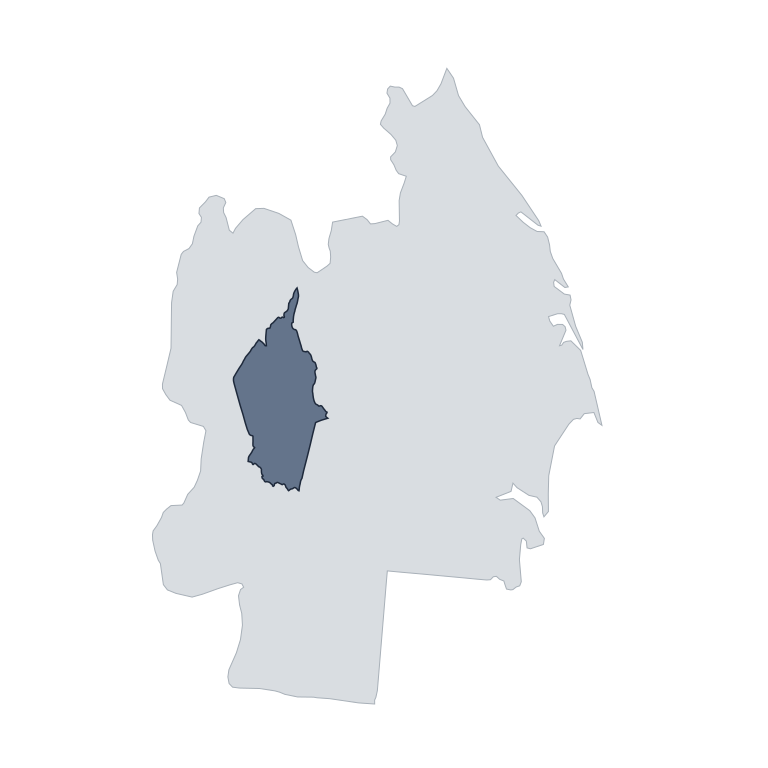 Mouloundou, Ogooué-Lolo, Gabon (highlighted), rotated 185°
{"feature_id": "22940354B50404497002370", "entity_name": "Mouloundou", "entity_type": "district", "adm_level": 2, "iso_a3": "GAB", "parent_name": "Gabon", "parent_adm1": "Ogooué-Lolo", "projection": "equal_earth", "projection_center": [12.887, -0.678], "detail": "fine", "context": "in_parent", "style": "filled", "palette": "slate", "viewbox_px": 768, "rotation_deg": 185, "n_neighbors": 0, "source": "geoboundaries", "source_scale": "gbopen_adm2", "svg_char_len": 7354}
<svg xmlns="http://www.w3.org/2000/svg" viewBox="0 0 768 768"><g transform="rotate(185 384 384)"><path d="M514.0,78.6L513.6,85.8L507.6,103.4L504.7,116.9L504.0,131.4L505.7,143.0L508.6,151.3L510.5,160.4L509.0,166.7L506.1,169.3L508.1,172.5L512.5,173.3L520.0,170.5L531.5,165.7L546.7,158.7L556.6,155.0L573.0,157.3L581.8,160.0L586.3,164.9L591.1,185.6L593.5,188.8L597.5,197.6L600.8,208.2L601.5,213.6L601.2,217.5L597.8,223.2L594.0,231.7L592.7,236.8L589.6,240.5L585.6,244.3L574.6,245.8L573.0,248.0L569.9,257.0L564.1,264.6L561.5,271.8L559.1,281.4L559.6,293.3L558.5,310.4L557.3,321.9L560.2,326.0L573.3,328.8L575.8,331.1L579.3,338.3L583.8,345.0L595.8,349.2L600.4,354.4L604.2,360.0L604.7,364.6L601.9,383.2L599.3,401.0L600.3,414.6L601.3,427.6L602.7,446.4L602.1,458.0L598.7,465.0L598.7,470.5L600.3,477.1L597.3,495.5L595.3,498.6L590.0,502.0L587.1,507.0L586.2,514.7L583.3,525.3L580.4,529.2L580.4,534.1L583.2,537.7L583.2,543.3L577.8,549.8L574.6,554.9L567.5,557.3L559.3,554.7L557.4,551.0L559.4,545.4L558.7,540.8L555.8,536.0L551.5,523.7L547.6,521.1L545.5,526.1L538.8,535.5L527.1,547.5L518.9,548.5L503.7,544.8L491.0,539.1L485.0,525.0L481.2,513.3L475.8,499.8L469.7,493.4L463.2,489.3L460.3,489.0L451.0,496.5L448.2,499.5L448.2,505.8L449.1,511.7L450.5,514.6L451.7,518.3L451.5,524.2L449.9,532.1L449.3,540.8L420.1,549.3L415.1,546.2L411.4,542.3L407.0,543.0L394.3,547.4L389.7,544.3L385.1,542.1L383.0,544.0L382.8,547.7L384.9,568.1L384.3,575.8L381.4,586.0L379.9,592.9L387.7,594.8L390.5,598.0L393.2,603.2L396.9,608.0L397.2,610.8L392.9,616.2L391.5,622.7L393.5,627.9L398.8,633.2L406.5,638.8L410.2,642.4L409.8,645.8L406.3,652.9L404.9,658.9L402.5,664.3L403.0,669.3L406.4,674.0L406.1,678.2L403.7,681.3L398.9,680.7L394.9,681.1L391.3,679.8L379.9,663.7L377.4,663.2L360.9,675.6L356.8,680.7L353.4,688.0L348.9,703.9L341.4,694.7L334.9,677.8L327.4,667.4L311.5,650.6L307.3,638.3L289.1,611.0L263.0,583.8L244.1,560.2L241.3,554.9L244.4,555.6L262.6,567.4L265.1,566.0L267.2,563.4L259.4,557.2L251.9,552.4L244.8,549.3L237.8,549.6L233.8,544.6L231.2,537.0L229.9,530.5L226.8,523.7L216.8,509.7L214.4,504.2L208.9,496.8L212.2,495.9L223.0,502.9L223.9,500.1L223.0,496.0L212.2,489.3L206.4,488.8L205.0,484.1L205.8,478.7L198.1,458.2L190.1,442.9L188.8,435.7L210.4,469.0L213.3,469.5L217.1,469.2L226.0,465.5L224.3,461.1L220.3,456.3L216.4,458.5L211.3,458.9L208.6,456.9L207.4,453.5L212.5,437.4L210.3,438.2L208.7,441.1L205.9,442.4L201.6,443.3L191.0,434.6L181.6,411.3L179.1,406.5L176.6,398.4L174.1,395.0L163.3,361.8L167.5,364.3L172.4,373.9L181.9,371.9L185.6,366.3L188.9,366.5L192.2,365.3L196.4,360.0L208.7,337.2L211.9,307.0L210.8,289.1L209.1,271.3L213.1,265.6L214.7,269.4L215.5,275.7L217.4,280.4L221.8,284.6L229.9,285.7L242.4,292.3L246.9,296.5L248.1,288.1L262.5,280.9L258.1,278.4L245.3,281.2L227.7,270.5L221.9,263.8L216.5,250.9L210.8,244.2L211.2,238.1L223.8,232.6L227.2,233.2L228.5,239.9L231.9,242.6L233.2,241.7L233.8,236.0L233.8,220.8L230.0,199.0L231.2,194.8L234.6,193.3L237.7,190.4L239.8,189.9L244.1,190.4L246.3,195.4L247.4,198.2L251.7,199.5L255.3,202.2L258.3,201.5L260.9,198.3L264.6,197.7L276.1,197.7L286.5,197.8L307.3,197.9L328.0,198.0L348.8,198.0L364.4,198.1L364.4,185.7L364.3,166.4L364.2,143.7L364.1,121.9L364.0,101.8L363.9,78.0L364.8,71.1L365.8,68.3L365.4,64.4L381.5,64.1L410.6,65.8L423.3,65.6L426.9,65.9L442.8,64.7L455.7,66.2L461.1,67.9L466.0,68.8L481.4,69.8L501.6,68.5L508.4,68.8L512.2,72.1L514.0,78.6Z" fill="#d9dde1" stroke="#a8b0b8" stroke-width="1"/><path d="M459.4,270.2L459.3,271.1L459.3,273.7L459.1,275.7L458.9,276.8L458.6,279.9L458.2,281.4L457.5,282.9L456.5,290.6L453.9,306.2L452.2,317.1L450.6,328.2L448.8,339.5L448.2,340.0L443.4,342.4L437.0,345.0L437.8,345.5L438.6,346.1L439.2,346.6L439.3,347.3L439.2,348.8L438.8,349.6L438.3,350.3L438.3,351.0L438.8,351.2L439.4,351.4L439.9,351.9L440.6,352.8L441.6,353.8L442.4,354.7L443.4,355.9L444.2,356.7L445.1,356.9L445.6,356.8L446.2,356.5L446.7,356.3L447.4,356.5L447.7,356.9L448.3,357.3L449.0,357.6L449.9,357.9L450.6,358.5L451.3,359.4L451.9,360.6L452.3,361.4L452.8,362.9L453.2,364.2L453.8,366.8L454.1,368.4L454.6,370.2L454.7,371.9L454.7,373.8L454.7,375.2L454.3,377.0L453.5,378.1L453.1,379.0L452.8,380.8L452.6,382.5L452.4,383.9L452.4,384.9L452.8,385.9L453.0,386.7L453.4,388.1L453.7,389.0L453.9,390.2L453.8,391.2L453.4,392.1L452.9,392.7L452.2,393.4L452.3,394.2L452.8,394.9L453.1,395.9L453.5,397.2L454.0,398.3L454.6,399.4L455.7,399.9L456.6,400.3L457.1,400.9L457.8,402.1L458.2,403.2L458.5,404.2L458.9,405.3L459.7,406.8L460.4,407.5L461.3,408.3L462.0,409.2L463.0,409.8L463.5,409.9L464.0,409.5L464.5,409.2L465.7,409.4L466.7,409.4L467.7,409.8L468.1,410.3L468.6,411.3L469.2,412.6L469.9,414.8L470.8,416.9L472.0,420.0L473.8,424.4L474.7,427.1L475.6,429.2L476.7,430.4L478.2,430.5L479.7,431.4L480.8,433.4L481.2,435.3L481.2,436.6L479.8,437.7L480.0,439.1L480.0,440.8L480.0,443.2L479.8,445.6L479.5,447.4L479.2,448.7L479.0,450.6L478.5,452.8L478.1,454.9L477.6,456.8L477.3,459.2L477.1,461.5L476.8,463.8L477.0,465.6L477.5,467.4L477.9,468.9L478.6,471.0L479.0,472.1L479.8,471.0L480.7,469.3L481.3,467.9L481.8,466.4L482.0,464.9L482.0,464.0L482.4,461.9L483.0,461.1L484.1,460.1L484.8,459.1L485.0,457.9L485.3,457.2L485.9,456.0L485.9,450.7L486.2,449.7L487.0,448.3L488.0,447.4L488.6,446.9L489.2,446.4L489.6,445.8L489.7,444.6L489.7,443.6L489.3,442.9L489.1,442.4L489.2,441.7L489.8,441.4L490.4,441.7L491.2,441.8L491.8,441.4L492.4,440.6L493.2,440.5L493.9,440.9L494.7,441.3L495.6,440.9L497.1,438.9L499.8,435.4L501.2,434.2L502.0,433.0L502.1,431.2L502.6,429.7L504.6,429.3L505.3,428.8L505.9,428.0L505.9,421.1L505.8,418.5L505.3,415.9L504.9,414.5L504.7,413.0L504.5,411.9L505.7,411.8L506.5,412.6L507.3,413.7L508.7,414.7L509.7,415.6L510.9,416.0L511.3,416.6L512.2,417.0L512.5,417.2L512.8,416.8L513.5,415.8L514.0,414.9L514.5,414.3L515.0,413.5L515.0,413.4L515.6,412.1L516.2,410.8L517.2,409.4L518.0,408.9L518.8,407.6L519.4,406.4L519.9,405.1L520.8,403.7L522.9,400.7L523.7,399.6L524.4,398.4L525.1,396.6L526.1,394.6L526.8,392.6L527.6,390.9L529.7,387.1L532.3,381.8L533.6,379.0L534.3,377.6L534.4,376.0L534.2,374.0L533.3,371.2L529.2,360.2L525.4,350.1L521.9,341.5L518.7,332.9L516.2,326.8L514.7,324.0L514.2,323.0L513.6,322.0L512.9,321.6L512.1,321.2L511.4,321.1L510.6,321.0L510.0,320.6L509.8,318.5L509.5,315.5L509.4,313.4L509.2,311.4L508.7,310.4L508.3,310.0L507.6,309.7L507.3,309.3L507.7,308.6L508.5,307.6L509.2,306.2L509.5,305.2L510.1,304.0L510.8,302.7L511.7,301.2L512.3,300.0L512.6,298.9L512.6,297.2L512.6,295.0L512.0,294.9L510.5,294.7L509.1,294.4L508.5,293.8L508.1,292.9L507.6,292.4L507.0,292.5L506.7,293.1L506.1,293.6L505.1,293.5L504.3,293.0L503.6,292.4L502.4,291.4L501.7,290.7L500.8,290.5L500.1,290.1L499.2,289.2L498.6,288.1L498.6,286.9L498.3,285.1L497.9,283.8L497.4,283.0L496.8,282.6L496.5,281.8L497.0,281.6L497.5,281.2L497.4,280.4L497.0,279.4L496.4,278.9L495.5,278.4L495.1,277.6L494.5,276.7L493.8,276.2L493.1,276.2L492.6,276.5L491.1,276.4L489.7,276.1L488.7,275.5L487.8,274.7L486.8,274.1L486.3,273.7L486.2,272.9L485.5,272.4L484.8,272.9L484.5,273.4L484.4,274.4L484.1,275.4L483.5,275.7L482.8,275.9L482.2,276.5L481.4,276.7L480.5,276.4L479.3,275.9L478.1,275.5L477.5,275.2L477.2,275.0L476.5,274.9L476.0,275.3L475.3,275.7L474.7,275.6L473.8,275.0L473.3,274.1L472.6,272.5L471.8,271.8L471.0,270.9L470.5,270.1L469.7,269.4L469.2,269.8L468.5,270.6L467.5,271.3L466.5,271.5L465.7,271.9L465.1,272.5L464.0,273.1L463.0,272.9L461.8,272.0L461.1,271.5L460.3,270.5L459.4,270.2Z" fill="#64748b" stroke="#1e293b" stroke-width="1.5"/></g></svg>